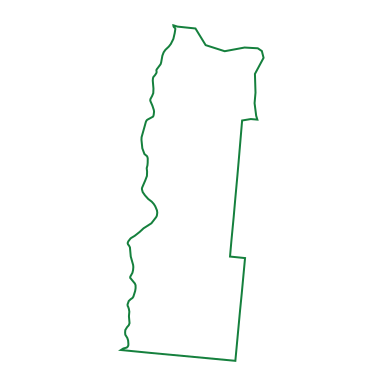 outline of Washington, Minnesota, United States of America, rotated 185°
{"feature_id": "52423323B91557188858785", "entity_name": "Washington", "entity_type": "district", "adm_level": 2, "iso_a3": "USA", "parent_name": "United States of America", "parent_adm1": "Minnesota", "projection": "albers", "projection_center": [-92.811, 45.021], "detail": "fine", "context": "isolated", "style": "outline", "palette": "green", "viewbox_px": 384, "rotation_deg": 185, "n_neighbors": 0, "source": "geoboundaries", "source_scale": "gbopen_adm2", "svg_char_len": 1872}
<svg xmlns="http://www.w3.org/2000/svg" viewBox="0 0 384 384"><g transform="rotate(185 192 192)"><path d="M134.1,27.6L133.8,78.9L133.8,79.0L133.6,95.0L133.4,130.8L148.5,131.0L148.5,135.6L148.5,147.0L148.3,170.4L148.3,184.4L148.3,187.4L148.2,212.1L148.2,226.6L148.3,267.6L139.8,269.8L133.2,269.8L134.7,273.5L137.4,285.9L137.4,296.5L139.6,315.1L132.4,331.9L134.7,338.5L139.0,340.9L152.2,340.5L171.7,335.1L191.2,339.5L202.8,355.2L220.8,355.5L225.1,356.4L225.0,355.8L224.5,354.8L223.1,353.7L222.8,353.0L223.1,348.6L223.9,342.9L226.0,337.6L227.8,334.8L230.9,331.3L232.4,328.7L233.4,325.2L234.0,318.5L234.4,316.6L237.7,311.3L238.1,310.3L237.7,308.4L237.9,307.3L239.1,305.1L240.5,303.2L240.8,301.9L240.8,299.6L239.4,291.6L239.2,287.1L240.1,284.2L241.5,281.0L241.6,279.8L241.3,278.8L239.0,274.6L237.2,270.4L236.8,268.7L236.9,265.6L237.1,264.4L237.5,263.6L242.5,260.3L243.2,259.7L243.6,259.1L244.1,257.7L244.9,253.3L247.0,242.2L246.9,239.6L245.3,231.2L242.7,225.7L240.0,223.8L239.4,222.8L239.0,221.4L238.7,217.3L238.7,214.7L239.2,211.8L238.5,208.3L238.3,204.0L239.6,199.4L241.9,192.5L242.2,191.4L242.1,190.3L241.1,187.6L238.6,184.6L235.1,181.3L231.2,178.8L229.0,176.7L227.4,174.6L225.3,170.6L224.8,168.4L224.9,165.8L225.2,164.5L225.8,163.4L229.4,157.8L229.5,157.6L229.7,157.3L237.1,151.6L240.6,147.7L245.3,143.3L248.6,140.9L249.3,140.2L251.2,137.2L251.6,135.8L251.6,135.3L251.1,134.1L250.2,133.3L249.0,131.4L247.4,122.4L244.3,114.2L243.9,112.1L243.9,109.1L244.3,106.3L246.1,102.3L246.1,101.1L240.9,95.8L240.1,94.2L239.8,91.4L240.0,88.4L241.3,82.6L242.1,81.2L243.8,79.8L245.5,77.9L246.4,74.4L246.2,73.0L245.5,71.9L244.7,70.0L244.0,67.3L244.0,62.7L242.8,55.9L243.4,53.7L244.9,51.7L246.4,48.7L246.4,46.2L246.0,44.0L243.7,40.9L242.7,38.5L242.1,34.9L242.1,33.6L242.5,32.4L243.5,31.3L246.8,30.1L249.0,28.4L219.9,28.1L134.1,27.6Z" fill="none" stroke="#15803d" stroke-width="2"/></g></svg>